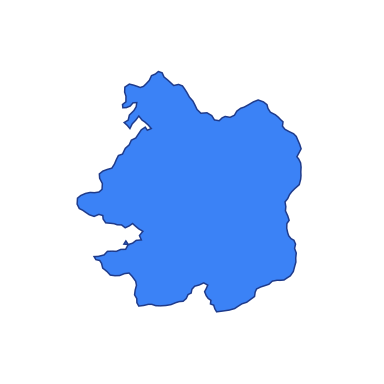 outline of Piedade do Rio Grande, Minas Gerais, Brazil, rotated 56°
{"feature_id": "56859067B43663283125641", "entity_name": "Piedade do Rio Grande", "entity_type": "district", "adm_level": 2, "iso_a3": "BRA", "parent_name": "Brazil", "parent_adm1": "Minas Gerais", "projection": "orthographic", "projection_center": [-44.166, -21.486], "detail": "fine", "context": "isolated", "style": "filled", "palette": "blue", "viewbox_px": 384, "rotation_deg": 56, "n_neighbors": 0, "source": "geoboundaries", "source_scale": "gbopen_adm2", "svg_char_len": 2942}
<svg xmlns="http://www.w3.org/2000/svg" viewBox="0 0 384 384"><g transform="rotate(56 192 192)"><path d="M137.8,294.0L142.7,294.7L146.0,292.8L149.2,291.6L153.4,289.9L157.5,286.8L158.5,281.7L161.6,279.1L164.7,280.8L169.3,280.8L172.4,277.0L174.8,274.2L177.3,272.4L179.9,268.8L184.3,267.4L185.0,263.0L184.9,258.9L188.5,258.0L192.7,256.8L197.1,254.7L198.7,259.9L203.4,260.8L200.9,265.3L201.2,269.9L199.9,274.2L202.4,279.1L199.8,283.1L198.9,287.9L196.4,291.3L193.9,295.3L195.0,300.1L193.0,305.7L190.8,309.3L194.3,309.5L197.2,306.8L200.6,306.9L205.2,308.6L210.6,306.9L215.2,306.2L218.3,302.7L220.8,298.7L221.9,293.6L224.0,289.5L228.5,288.8L234.5,288.6L238.3,290.2L241.4,293.8L245.1,297.1L249.5,297.4L253.0,299.6L256.8,299.9L259.1,295.4L260.7,291.0L262.7,288.1L265.9,285.7L268.6,282.0L271.5,277.1L273.6,272.4L274.7,267.2L275.7,263.9L277.6,260.5L277.1,256.4L274.8,252.6L275.3,249.2L272.6,246.5L271.6,242.5L273.1,238.0L273.9,233.1L278.0,231.0L280.1,234.3L281.7,237.3L285.9,238.2L289.3,238.1L292.4,236.9L295.1,239.3L297.9,237.3L301.7,238.4L305.1,238.6L308.1,232.6L310.7,227.2L312.5,221.8L312.5,218.1L312.6,213.2L314.0,208.3L313.8,203.5L313.6,198.6L310.3,195.6L308.5,192.7L309.1,188.3L310.4,183.8L311.5,179.8L310.8,175.3L312.7,170.9L314.7,168.0L316.4,164.9L316.4,161.3L316.5,157.4L314.6,152.5L311.0,148.4L308.2,145.1L304.7,142.9L300.9,139.7L296.1,138.5L293.1,135.3L289.0,134.5L286.0,136.0L282.4,136.3L279.4,135.5L275.1,133.8L271.2,131.0L269.8,127.3L265.4,126.0L259.9,125.1L256.6,122.4L252.2,120.4L251.0,116.4L248.7,112.6L247.5,109.1L246.7,105.1L245.9,99.0L242.2,94.8L239.5,92.6L236.1,90.5L232.4,87.7L228.6,85.7L224.5,85.1L221.4,85.3L219.2,81.1L217.2,77.4L212.8,76.1L207.8,75.2L204.3,74.5L200.5,75.2L196.4,77.6L192.0,79.9L188.0,80.2L184.7,77.3L181.5,78.1L178.3,78.6L174.6,79.7L169.7,82.4L165.2,82.3L161.5,81.0L157.2,82.4L152.7,85.7L151.6,90.7L151.3,95.9L150.8,101.3L149.8,104.8L150.0,109.6L152.1,113.9L151.4,118.7L147.9,122.3L147.4,125.6L148.1,129.6L144.8,133.1L139.7,132.9L134.7,135.3L131.7,140.6L126.4,141.7L121.3,140.9L117.1,140.4L111.9,141.1L106.5,140.6L101.9,140.5L98.7,140.6L95.3,143.0L93.5,147.6L89.8,148.5L85.3,149.6L81.0,150.9L76.5,150.1L73.3,152.5L73.7,156.3L72.9,160.5L75.6,165.0L76.7,169.7L77.3,173.2L76.4,176.5L73.7,178.4L70.7,180.7L67.5,183.6L67.5,189.0L71.5,192.0L75.7,193.2L80.3,196.4L80.6,200.7L83.5,202.2L85.3,199.3L86.2,195.2L85.1,191.0L87.0,187.8L90.1,190.6L92.0,194.6L93.2,200.9L96.7,204.7L96.5,209.4L100.7,208.4L104.7,208.0L102.1,203.5L101.0,198.5L99.3,193.6L104.4,193.2L107.4,192.0L112.1,190.8L116.6,190.3L115.8,194.5L112.1,194.5L112.1,199.3L114.2,204.5L115.8,208.4L115.1,213.3L117.8,217.7L118.5,222.9L121.7,228.4L120.6,232.6L122.7,236.4L125.5,240.7L127.4,245.1L125.9,249.7L124.8,254.2L125.2,258.7L129.0,260.9L134.9,261.6L139.5,265.1L140.0,269.2L138.0,273.3L135.4,276.7L133.6,281.2L132.7,286.2L133.1,290.4L137.8,294.0ZM199.9,274.2L195.6,274.2L197.1,277.6L199.9,274.2Z" fill="#3b82f6" stroke="#1e3a8a" stroke-width="1.5"/></g></svg>